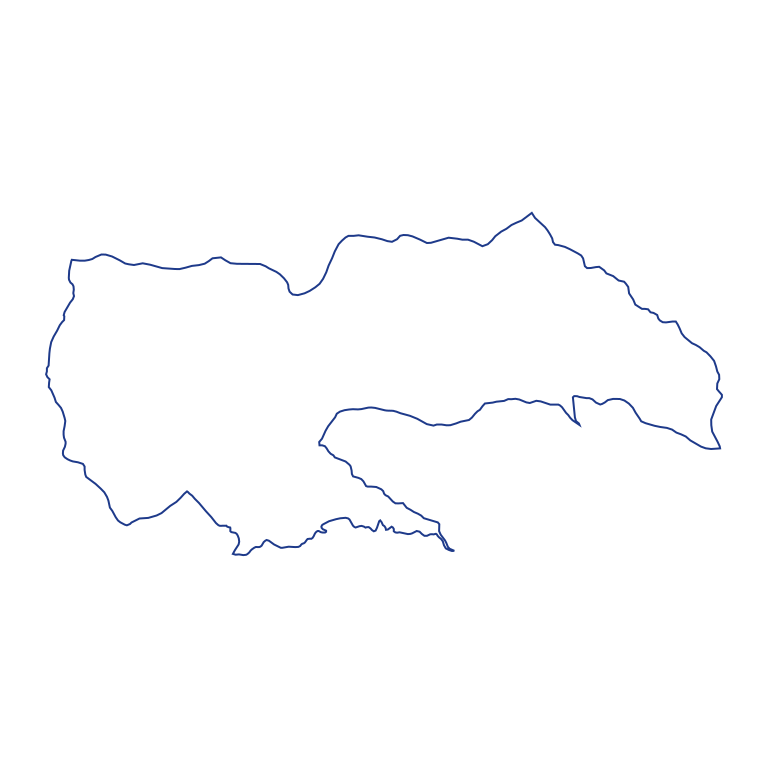 Jordán Sube, Santander, Colombia
{"feature_id": "7082276B50890297817335", "entity_name": "Jordán Sube", "entity_type": "district", "adm_level": 2, "iso_a3": "COL", "parent_name": "Colombia", "parent_adm1": "Santander", "projection": "robinson", "projection_center": [-73.096, 6.712], "detail": "fine", "context": "isolated", "style": "outline", "palette": "blue", "viewbox_px": 768, "rotation_deg": 0, "n_neighbors": 0, "source": "geoboundaries", "source_scale": "gbopen_adm2", "svg_char_len": 6061}
<svg xmlns="http://www.w3.org/2000/svg" viewBox="0 0 768 768"><path d="M531.8,212.9L521.7,220.5L516.4,222.7L511.5,225.0L506.4,228.8L501.2,231.6L495.3,236.2L492.1,240.2L487.8,244.2L482.4,246.2L473.8,241.7L468.1,239.7L462.5,239.7L457.2,238.7L448.6,237.7L430.9,242.8L426.9,243.0L420.0,239.6L412.5,236.4L407.9,235.2L403.5,235.0L400.1,235.8L397.1,239.2L392.0,241.8L387.4,241.1L382.0,239.3L374.6,237.5L367.5,236.7L358.6,235.3L353.3,235.9L348.4,235.9L345.5,237.5L342.0,240.6L338.6,244.2L334.8,251.4L332.1,258.2L328.6,265.6L326.3,272.2L323.1,278.8L319.6,283.8L315.3,287.3L309.7,290.9L304.6,293.3L297.9,295.1L292.6,294.5L289.6,291.7L288.5,288.5L288.2,284.9L287.1,282.3L284.0,278.3L279.9,274.3L276.4,271.9L268.9,268.3L265.7,266.3L260.1,264.0L237.0,263.8L230.5,263.2L225.2,260.2L221.0,257.4L212.5,258.3L208.8,261.1L204.7,263.7L198.9,265.1L191.9,265.9L185.5,267.7L179.4,269.1L174.9,269.0L162.2,268.1L150.1,264.7L142.7,263.3L134.0,265.0L128.9,264.3L125.2,263.5L119.7,260.3L112.1,256.5L105.7,254.6L101.4,254.5L95.5,257.0L92.3,259.0L88.8,260.0L84.6,260.7L80.2,260.7L71.8,259.8L71.3,261.1L69.2,270.7L68.8,277.8L69.0,279.7L70.4,282.5L72.5,284.3L73.5,286.3L73.8,289.7L73.3,293.1L74.0,296.1L72.8,299.2L70.1,302.6L64.6,312.0L63.7,315.3L64.3,316.2L64.1,320.1L62.1,322.1L59.8,325.2L57.1,330.7L53.7,336.5L51.2,342.1L49.9,348.7L49.4,353.1L48.6,365.6L46.9,368.2L46.9,371.4L46.1,374.3L47.4,377.1L49.6,379.3L49.1,382.6L48.8,387.1L51.3,390.3L54.5,397.6L55.9,402.0L58.6,405.0L61.0,407.9L62.7,411.6L64.6,417.9L65.3,421.0L64.6,426.2L63.6,431.1L63.6,434.7L64.0,437.7L65.6,441.8L65.6,443.7L64.9,446.8L63.1,450.6L62.9,453.4L63.2,455.2L64.7,457.3L67.5,459.2L70.2,460.5L72.8,461.4L78.0,462.3L82.9,463.9L84.6,466.5L84.6,469.9L85.3,474.5L86.2,476.9L95.7,484.0L100.9,488.8L104.3,492.3L107.0,496.9L108.4,500.6L109.9,507.6L112.3,510.9L115.7,517.2L118.0,520.5L120.3,522.3L124.8,524.7L126.9,525.3L130.0,524.0L131.5,522.5L139.5,518.5L148.3,517.9L156.6,515.5L161.5,513.1L170.2,505.9L176.4,501.9L180.6,497.8L184.2,493.8L187.0,491.4L187.9,492.0L189.4,493.6L192.2,495.7L194.8,498.8L199.0,503.0L205.9,511.2L211.3,517.1L216.0,523.1L218.4,525.2L219.8,525.8L226.4,525.7L226.8,526.4L228.3,527.1L230.2,527.5L230.4,528.6L230.3,531.1L231.3,532.1L235.4,532.9L236.7,533.9L237.7,535.5L238.8,538.4L239.2,541.7L238.6,544.5L234.9,550.2L232.9,553.9L235.6,554.7L239.0,554.4L243.3,555.1L246.1,554.8L247.4,554.1L249.3,552.4L250.6,550.6L252.0,549.3L254.3,547.7L255.8,547.0L259.0,547.1L260.3,546.7L261.6,545.7L263.7,542.1L265.3,540.7L266.6,540.0L268.9,540.7L274.1,544.5L280.8,547.8L282.3,547.8L288.7,546.7L295.4,547.1L298.4,546.9L300.2,546.0L301.2,544.6L302.2,543.8L303.8,543.3L304.9,542.5L306.9,539.7L307.6,539.0L309.9,538.7L311.3,538.8L312.5,538.0L313.7,536.2L314.6,534.2L315.5,532.7L316.6,531.6L317.7,531.0L318.7,531.0L320.9,532.2L322.5,532.5L325.1,532.5L326.1,531.8L326.1,530.7L322.8,529.2L321.6,527.8L321.4,526.5L322.1,525.1L323.2,524.3L329.1,521.2L336.0,519.2L340.2,518.3L345.6,517.8L348.1,518.4L349.5,519.5L353.0,525.7L354.4,527.0L355.6,527.5L359.5,526.2L361.6,525.9L363.9,526.6L365.5,527.6L366.8,527.2L368.7,527.1L370.6,528.5L371.9,530.0L373.8,531.3L375.6,530.6L377.0,527.7L379.2,521.2L380.2,520.4L381.6,522.2L382.9,525.1L384.4,526.1L385.5,527.7L386.0,529.8L387.9,529.5L391.6,526.7L392.9,527.5L393.8,529.0L393.8,531.3L395.3,532.4L397.1,532.7L399.6,532.3L407.9,534.1L410.3,533.9L412.0,533.4L416.7,531.0L419.6,531.7L421.9,534.0L424.4,535.8L427.0,535.8L430.2,534.3L432.1,534.2L433.5,534.4L435.9,533.8L436.8,534.4L437.7,535.9L439.0,537.3L441.1,539.0L442.8,541.3L444.0,545.3L445.8,548.4L449.0,550.0L452.0,551.0L454.3,550.8L449.7,548.8L447.9,546.9L446.2,542.7L445.0,540.4L440.7,534.7L439.1,531.1L439.3,524.2L437.8,522.4L423.8,518.2L421.2,515.6L417.9,513.7L413.9,512.0L410.5,509.8L406.7,507.8L403.0,503.1L398.3,503.4L395.4,503.3L392.8,501.5L388.2,496.5L385.5,495.2L384.1,493.7L383.2,491.1L381.3,489.3L376.3,487.0L371.2,486.6L367.7,486.6L366.1,486.1L363.4,481.3L361.3,479.1L358.5,477.9L353.1,476.4L351.9,474.0L351.6,470.5L350.6,466.3L349.4,464.7L345.6,461.5L334.8,457.4L333.4,455.3L330.7,453.8L328.4,451.3L326.6,448.3L324.9,446.2L322.1,445.3L319.5,445.3L319.2,442.0L322.0,438.7L325.6,430.7L328.2,426.2L335.1,417.3L336.8,413.7L340.0,411.6L344.5,410.2L349.1,409.5L352.9,409.2L358.0,409.4L361.3,409.1L368.4,407.6L371.3,407.5L375.1,407.9L384.9,410.3L387.0,410.6L393.1,410.8L396.5,411.7L400.4,413.2L409.9,415.8L417.3,418.8L426.8,424.1L433.5,425.6L436.9,424.5L441.4,424.5L446.6,425.3L450.3,425.2L456.2,423.4L460.6,421.7L469.0,420.0L471.9,417.6L475.0,413.8L477.5,411.3L479.9,409.8L482.5,406.2L484.9,403.5L492.7,402.6L496.4,401.7L504.1,400.9L508.2,399.1L511.3,399.2L515.4,398.8L519.3,399.5L526.4,402.4L529.8,403.0L536.3,400.8L540.7,401.4L550.3,404.6L558.4,404.6L560.1,405.5L562.1,407.3L566.0,412.8L568.3,415.1L570.1,417.7L572.5,420.2L579.5,425.0L578.9,423.5L576.0,421.1L574.9,417.4L572.9,397.3L574.2,396.1L577.1,396.2L579.5,397.0L586.4,398.1L589.2,398.1L592.5,399.4L596.0,402.6L600.2,404.5L602.2,403.9L604.9,402.4L607.8,400.1L613.2,398.9L619.9,399.0L624.4,400.5L628.9,403.6L632.9,407.8L635.6,412.7L639.7,418.7L641.2,421.3L645.6,423.2L654.6,425.8L660.4,427.0L666.9,427.9L672.1,429.6L676.4,432.6L681.0,434.3L685.8,436.5L690.3,440.4L701.0,446.6L705.7,448.3L711.1,449.0L720.1,448.4L719.7,446.3L717.6,441.8L712.2,431.6L711.3,425.2L711.2,419.5L716.2,406.0L721.9,397.2L721.9,394.8L718.8,391.3L717.0,389.1L717.3,383.5L719.3,379.2L719.1,374.8L717.3,371.5L716.0,366.4L714.1,360.9L710.5,356.4L706.5,352.3L703.8,350.8L699.6,347.2L695.9,345.0L692.0,343.2L684.6,337.1L681.7,333.4L679.6,328.4L677.7,324.5L675.8,321.5L672.8,321.5L666.0,322.4L662.7,322.2L659.8,320.4L658.3,318.5L657.2,315.0L653.5,312.9L650.5,312.3L648.1,309.3L645.1,308.9L642.0,308.9L635.3,304.6L633.2,299.5L629.1,293.4L628.2,286.9L625.8,283.6L624.1,281.7L618.6,280.5L613.2,276.1L606.4,273.4L604.2,270.4L599.2,266.8L595.9,267.1L590.8,268.0L587.1,268.1L584.9,266.2L583.1,258.4L581.2,255.5L577.8,253.4L569.9,249.2L564.9,246.9L558.3,245.1L555.0,244.7L553.0,242.1L552.2,238.4L550.1,234.5L547.6,230.5L545.1,227.2L535.0,217.9L531.8,212.9Z" fill="none" stroke="#1e3a8a" stroke-width="2"/></svg>